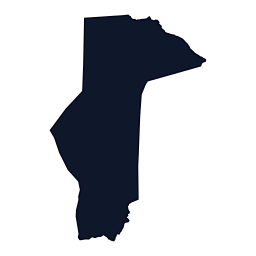 Tawkar, Red Sea, Sudan
{"feature_id": "16777658B45805430370558", "entity_name": "Tawkar", "entity_type": "district", "adm_level": 2, "iso_a3": "SDN", "parent_name": "Sudan", "parent_adm1": "Red Sea", "projection": "albers", "projection_center": [37.526, 17.9], "detail": "fine", "context": "isolated", "style": "filled", "palette": "ink", "viewbox_px": 256, "rotation_deg": 0, "n_neighbors": 0, "source": "geoboundaries", "source_scale": "gbopen_adm2", "svg_char_len": 3076}
<svg xmlns="http://www.w3.org/2000/svg" viewBox="0 0 256 256"><path d="M200.6,65.7L200.8,65.1L201.1,63.7L202.6,61.9L203.9,61.7L205.3,61.1L205.5,60.0L204.6,59.2L203.3,58.6L201.4,57.3L199.7,56.9L198.5,55.7L197.3,55.1L196.3,54.5L195.2,53.7L194.4,53.4L193.7,52.3L192.4,51.3L191.2,50.0L190.0,49.3L189.2,47.3L188.2,45.8L186.8,43.7L186.0,43.1L185.2,42.3L183.3,40.1L181.5,38.7L179.4,37.7L177.9,36.9L176.7,36.6L175.7,36.3L174.6,35.8L173.9,35.1L172.7,35.2L172.1,34.9L170.9,34.7L169.8,34.4L168.8,33.9L167.6,33.6L166.6,33.3L165.3,32.8L164.6,32.2L164.3,31.3L163.9,30.7L163.0,30.1L162.6,29.5L161.7,29.0L161.2,28.5L160.7,26.9L161.1,26.3L159.1,24.5L158.1,24.2L158.1,23.4L158.8,22.6L158.2,21.6L157.4,20.6L155.9,20.3L154.7,20.7L154.2,21.1L153.5,20.9L152.9,20.7L152.1,20.4L151.3,20.1L150.0,19.4L150.4,18.6L150.2,18.2L149.7,18.2L149.4,17.1L148.4,17.5L147.6,18.6L146.8,18.9L145.1,19.4L144.9,19.6L144.7,19.9L144.5,19.5L144.2,19.4L143.7,19.4L143.4,19.6L143.1,20.2L142.2,19.5L141.5,19.7L140.6,19.8L139.4,20.2L138.8,20.2L137.8,20.1L136.5,20.6L135.8,20.6L135.4,20.3L135.1,19.8L134.7,20.1L134.1,19.6L133.5,19.8L132.6,19.5L131.4,18.8L130.8,17.9L130.3,17.4L130.2,16.8L129.9,16.8L129.5,16.6L128.7,15.8L128.2,15.4L127.6,15.4L122.0,16.0L115.2,16.4L105.1,17.1L85.4,18.4L84.8,18.4L83.9,64.4L82.9,91.3L66.4,108.9L50.5,130.3L54.8,137.7L57.2,144.8L59.8,152.4L68.3,169.5L76.6,178.7L78.9,181.3L80.6,189.9L78.9,196.6L79.2,199.7L76.7,210.3L76.4,216.3L79.3,234.0L78.7,236.4L78.7,236.5L78.6,236.8L78.9,238.0L79.0,238.0L79.2,238.4L79.2,238.5L79.6,239.0L79.9,239.4L80.8,239.5L81.9,239.3L82.4,239.2L83.4,239.0L84.9,238.8L85.8,238.7L88.7,238.8L89.2,238.6L89.7,238.1L90.1,237.5L90.9,237.1L92.0,236.6L92.7,236.6L93.2,236.8L93.6,237.0L94.4,237.2L95.4,237.3L96.1,236.9L97.5,236.5L97.9,236.3L98.7,236.2L99.2,236.2L100.1,236.3L100.8,236.0L101.6,235.7L102.2,235.2L102.8,234.6L103.7,234.5L104.5,234.9L104.9,235.2L105.8,235.9L106.3,236.2L107.3,236.7L107.6,237.1L108.0,237.5L108.4,238.2L108.8,238.8L109.6,239.0L110.2,239.3L111.0,239.8L111.4,239.9L112.1,240.3L112.5,240.1L112.9,240.1L113.4,240.6L113.8,240.5L114.0,240.1L114.4,239.8L114.8,238.5L114.8,238.1L115.1,237.0L115.3,236.5L115.9,236.0L116.0,235.2L115.9,234.6L116.4,234.0L116.8,233.7L117.8,233.6L118.4,233.8L119.0,233.9L119.3,233.4L119.5,232.8L119.9,232.1L120.2,231.8L120.7,231.3L121.0,230.8L121.4,230.2L121.6,229.6L121.8,228.8L122.2,228.6L122.7,227.8L123.3,225.7L123.7,223.6L124.6,222.5L125.9,221.9L126.5,221.9L126.9,221.8L127.8,221.7L128.3,221.4L128.7,220.4L128.3,219.9L127.8,219.2L127.4,218.7L126.9,218.5L126.5,218.4L126.0,217.8L126.1,216.9L126.5,216.1L126.9,215.9L127.4,215.9L127.6,215.4L127.4,215.0L127.1,214.6L127.2,213.7L127.4,213.5L127.8,213.4L128.3,213.3L128.9,213.0L129.2,212.0L128.5,210.9L128.0,210.3L127.6,209.0L127.5,208.0L127.3,207.7L127.1,206.5L127.1,206.2L127.3,205.8L127.6,205.6L128.2,205.0L128.4,203.9L128.7,203.2L129.6,203.0L129.9,202.8L130.4,202.4L130.8,202.0L137.9,199.1L137.9,198.4L137.5,165.8L137.9,157.5L138.7,136.1L139.5,115.9L141.0,94.4L144.4,86.0L145.0,84.5L147.3,80.8L200.4,65.8L200.6,65.7Z" fill="#0f172a" stroke="#020617" stroke-width="1.5"/></svg>